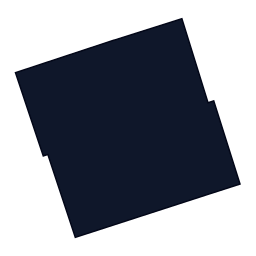 Stutsman, North Dakota, United States of America, rotated 162°
{"feature_id": "52423323B9912290141920", "entity_name": "Stutsman", "entity_type": "district", "adm_level": 2, "iso_a3": "USA", "parent_name": "United States of America", "parent_adm1": "North Dakota", "projection": "orthographic", "projection_center": [-98.962, 46.979], "detail": "fine", "context": "isolated", "style": "filled", "palette": "ink", "viewbox_px": 256, "rotation_deg": 162, "n_neighbors": 0, "source": "geoboundaries", "source_scale": "gbopen_adm2", "svg_char_len": 327}
<svg xmlns="http://www.w3.org/2000/svg" viewBox="0 0 256 256"><g transform="rotate(162 128 128)"><path d="M38.8,40.1L38.1,127.3L44.1,127.3L43.0,215.3L113.8,215.8L114.5,215.9L217.9,215.4L217.2,127.6L212.4,127.6L212.0,61.9L211.9,40.3L206.4,40.3L75.4,40.2L38.8,40.1Z" fill="#0f172a" stroke="#020617" stroke-width="1.5"/></g></svg>